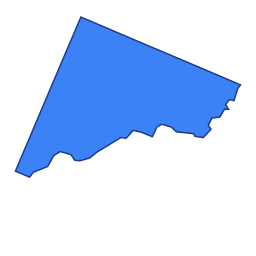 outline of Cleveland, Oklahoma, United States of America, rotated 293°
{"feature_id": "52423323B91358685939419", "entity_name": "Cleveland", "entity_type": "district", "adm_level": 2, "iso_a3": "USA", "parent_name": "United States of America", "parent_adm1": "Oklahoma", "projection": "mercator", "projection_center": [-97.393, 35.153], "detail": "fine", "context": "isolated", "style": "filled", "palette": "blue", "viewbox_px": 256, "rotation_deg": 293, "n_neighbors": 0, "source": "geoboundaries", "source_scale": "gbopen_adm2", "svg_char_len": 765}
<svg xmlns="http://www.w3.org/2000/svg" viewBox="0 0 256 256"><g transform="rotate(293 128 128)"><path d="M44.3,41.2L44.3,56.6L50.3,58.2L61.3,69.1L67.2,69.8L73.6,70.4L79.8,74.7L81.2,85.9L77.5,91.5L78.9,96.4L85.4,104.4L94.1,109.1L116.3,125.1L118.0,130.3L127.9,133.8L129.3,141.9L129.5,153.8L140.2,154.2L144.6,157.5L145.8,167.4L143.4,174.1L148.5,190.9L146.5,192.8L148.6,201.0L159.3,204.9L161.9,200.8L170.0,201.4L173.9,208.2L183.0,209.5L184.5,213.3L187.7,208.6L193.9,210.3L194.6,214.8L207.7,213.6L211.6,214.8L211.7,181.4L211.7,147.8L211.7,131.0L211.6,112.9L211.7,58.3L211.7,41.3L161.7,41.2L156.1,41.2L122.7,41.2L117.1,41.2L111.4,41.2L105.8,41.2L97.4,41.2L91.8,41.2L84.5,41.2L77.8,41.3L74.8,41.2L44.3,41.2Z" fill="#3b82f6" stroke="#1e3a8a" stroke-width="1.5"/></g></svg>